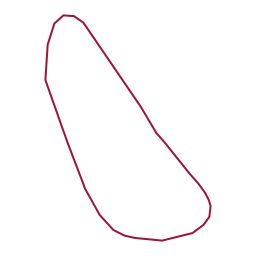 outline of Nema, Federated States of Micronesia
{"feature_id": "79324940B33523222033341", "entity_name": "Nema", "entity_type": "district", "adm_level": 2, "iso_a3": "FSM", "parent_name": "Federated States of Micronesia", "parent_adm1": "", "projection": "robinson", "projection_center": [152.577, 6.993], "detail": "fine", "context": "isolated", "style": "outline", "palette": "rose", "viewbox_px": 256, "rotation_deg": 0, "n_neighbors": 0, "source": "geoboundaries", "source_scale": "gbopen_adm2", "svg_char_len": 435}
<svg xmlns="http://www.w3.org/2000/svg" viewBox="0 0 256 256"><path d="M164.3,142.0L156.5,133.2L140.8,106.8L83.4,22.7L73.9,16.1L63.4,15.4L54.4,23.5L47.7,44.6L45.4,80.0L67.4,142.2L82.9,182.8L84.9,188.4L99.8,215.1L113.4,230.0L124.5,235.6L135.2,238.0L162.2,240.6L177.3,236.8L192.4,233.1L203.6,224.8L209.4,216.7L210.6,206.2L208.9,200.2L205.0,192.7L198.4,183.6L189.3,173.3L164.3,142.0Z" fill="none" stroke="#9f1239" stroke-width="2"/></svg>